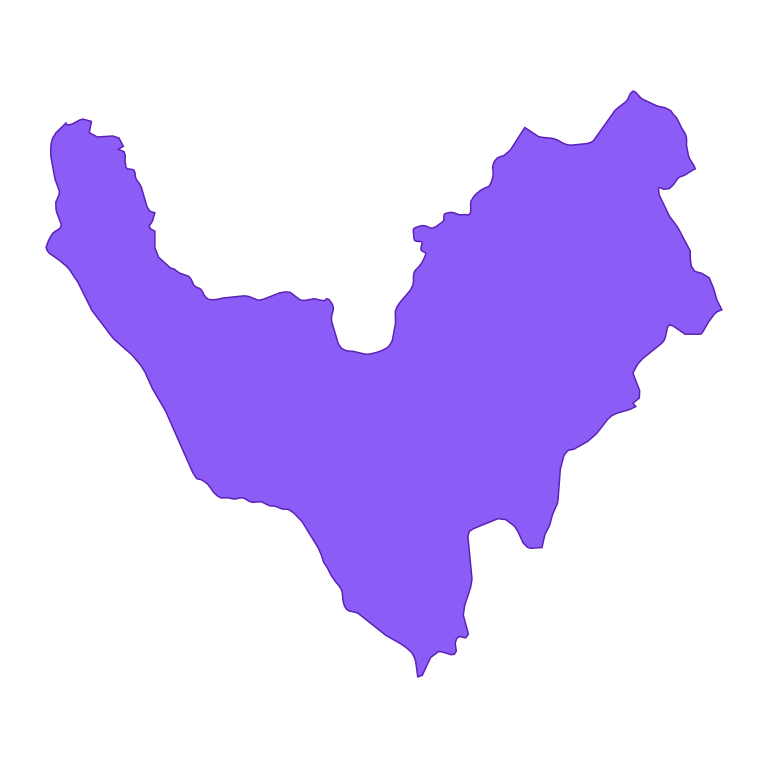 the border of Bouenza
{"feature_id": "COG-2626", "entity_name": "Bouenza", "entity_type": "Region", "adm_level": 1, "iso_a3": "COG", "parent_name": "Republic of the Congo", "parent_adm1": "", "projection": "natural_earth1", "projection_center": [13.508, -4.119], "detail": "fine", "context": "isolated", "style": "filled", "palette": "violet", "viewbox_px": 768, "rotation_deg": 0, "n_neighbors": 0, "source": "natural_earth", "source_scale": "10m", "svg_char_len": 4615}
<svg xmlns="http://www.w3.org/2000/svg" viewBox="0 0 768 768"><path d="M530.9,548.3L527.4,547.3L523.2,543.0L517.8,531.4L514.3,526.0L505.8,519.6L498.0,518.7L473.8,528.5L469.4,531.3L467.9,536.3L472.0,578.9L470.6,587.5L464.7,605.3L463.3,615.0L468.4,634.0L465.9,637.8L463.0,637.4L459.9,636.4L456.8,638.2L455.2,643.1L456.3,651.2L454.3,654.3L450.9,654.7L442.2,651.9L438.5,651.6L430.5,657.6L422.3,675.3L417.9,676.9L417.5,675.2L415.8,662.3L415.0,659.0L413.6,655.7L411.3,652.2L407.4,648.6L400.9,643.9L386.0,635.5L358.3,613.5L355.3,612.3L349.2,611.0L346.5,609.2L344.4,605.8L343.0,600.9L342.3,593.2L341.5,589.9L339.3,586.2L335.3,581.5L331.2,575.5L327.4,567.9L323.6,562.2L321.6,555.8L318.3,548.0L302.1,521.7L293.9,513.1L288.4,509.4L282.0,509.0L276.1,506.5L273.2,506.0L270.3,505.9L267.5,504.8L261.7,501.9L258.9,501.8L253.3,502.3L250.6,501.9L247.7,500.5L245.1,498.7L242.3,497.8L239.5,498.0L236.5,498.8L233.6,499.0L227.4,497.7L221.3,498.0L217.8,496.2L213.9,492.7L207.9,484.4L203.8,481.2L200.5,479.4L198.1,479.1L196.5,478.4L192.6,472.3L165.5,410.9L152.3,388.4L145.1,372.3L140.3,364.7L132.0,355.0L114.9,340.0L112.2,337.2L91.8,310.2L78.1,282.6L69.5,269.6L66.7,266.5L60.7,261.3L49.3,253.2L47.1,250.5L46.1,247.1L48.4,240.8L50.6,236.6L52.9,233.1L55.5,231.1L58.1,229.7L60.3,227.8L61.4,224.8L56.8,212.7L56.0,209.3L55.8,202.1L59.0,194.8L59.4,191.1L55.0,179.2L50.9,156.8L50.7,149.1L51.1,144.3L51.8,140.8L52.8,137.9L56.1,132.6L66.0,123.0L67.2,125.2L71.8,124.2L79.4,120.1L82.9,119.1L91.4,121.4L89.3,132.6L97.4,137.0L112.7,136.0L119.0,138.0L123.4,146.3L118.2,149.3L124.0,151.6L125.3,155.7L125.0,161.1L126.1,167.6L127.5,168.8L132.5,169.5L134.1,170.3L135.0,172.8L135.6,177.6L136.5,179.7L139.6,183.9L141.3,187.0L147.1,207.0L150.1,211.4L154.9,212.8L152.4,221.3L150.9,223.4L149.1,226.6L150.7,228.9L154.9,231.2L154.9,247.8L158.6,257.2L170.4,267.9L174.9,269.4L176.0,270.6L179.5,273.0L188.5,276.2L191.0,279.0L192.5,282.1L193.7,285.0L195.6,286.7L197.1,287.5L199.1,288.2L201.0,289.4L202.6,291.8L203.9,294.7L205.8,297.4L208.4,299.3L212.1,299.8L216.4,299.5L223.3,298.0L243.1,295.9L246.1,296.0L249.2,296.6L258.4,300.3L263.0,299.4L279.9,292.8L285.7,291.9L290.2,292.3L298.6,298.8L301.3,300.3L304.9,300.4L314.3,298.7L321.6,300.4L324.3,300.7L326.6,298.7L329.0,299.5L330.7,301.7L332.6,304.8L333.5,308.1L332.9,311.5L331.9,314.8L331.4,318.2L331.7,321.6L338.0,342.8L339.7,346.0L342.0,348.6L344.7,350.1L347.6,350.9L353.4,351.4L365.7,354.3L369.9,354.0L376.4,352.5L382.0,350.5L386.8,348.0L388.4,346.7L390.4,344.0L392.3,340.4L395.4,323.9L395.5,320.6L395.3,313.8L395.5,310.5L397.2,306.5L400.3,302.0L410.4,290.2L413.0,284.7L413.5,280.8L413.4,277.1L413.7,274.0L414.9,270.8L418.6,267.0L421.8,262.9L424.7,257.0L425.7,254.3L425.6,252.8L422.5,251.3L421.1,250.1L420.9,248.2L422.1,242.8L422.0,242.2L421.6,241.7L420.1,241.4L418.2,241.5L416.2,241.2L414.6,240.3L413.9,238.1L413.3,230.8L413.4,229.8L413.6,228.9L414.8,227.9L416.7,227.1L421.8,225.6L424.6,225.8L427.2,226.4L428.9,227.4L430.7,228.1L433.2,227.9L435.9,226.7L442.2,222.1L443.9,220.3L443.9,215.8L444.5,214.0L447.8,212.8L450.7,212.4L453.3,212.6L459.2,214.7L461.1,214.9L464.9,214.5L466.9,214.9L468.7,214.7L470.3,213.5L470.8,209.6L470.6,203.8L471.0,201.1L473.1,197.6L475.6,194.4L480.9,190.1L484.2,188.3L488.6,186.5L489.9,184.9L491.2,182.3L492.9,176.7L493.2,173.2L493.0,170.3L492.6,168.3L492.8,166.0L493.4,163.9L494.2,161.7L495.6,159.8L497.5,157.9L501.0,156.4L503.7,155.7L510.3,150.1L524.8,127.5L538.4,136.5L542.0,137.3L552.7,138.4L557.4,140.0L563.4,143.4L567.3,144.7L570.7,145.2L586.9,143.6L590.5,142.5L593.4,140.8L614.8,110.7L617.8,107.9L625.5,102.0L627.6,99.6L630.4,93.4L633.0,91.1L635.5,92.1L640.0,97.1L642.6,99.2L657.1,106.0L665.3,107.8L670.8,110.7L673.2,114.3L676.1,117.2L678.1,120.5L681.5,127.7L684.2,132.0L686.0,135.6L686.6,138.9L686.5,145.3L688.4,155.4L689.8,159.1L692.6,163.4L694.4,166.6L695.3,169.0L693.7,169.5L684.1,175.5L681.2,176.4L678.3,177.8L673.0,185.2L669.4,188.5L663.8,189.3L660.0,187.7L658.4,188.0L659.2,194.8L669.4,216.1L677.6,227.1L690.2,250.8L690.3,258.7L691.3,265.9L694.7,271.3L702.0,273.4L709.2,277.8L713.5,288.1L717.0,300.3L721.9,309.8L717.3,311.6L714.2,314.3L708.6,321.9L702.7,332.1L700.8,334.2L685.0,334.2L672.7,325.7L669.4,324.9L667.5,327.2L665.6,336.2L664.4,340.0L661.8,343.2L642.4,358.8L637.4,364.6L632.9,373.1L639.7,390.7L639.3,398.1L632.9,403.3L635.8,406.5L629.7,409.5L617.0,413.2L611.9,415.6L607.9,419.1L596.5,433.7L587.8,441.3L574.1,449.1L568.4,450.3L566.2,452.4L564.4,454.9L563.6,456.5L560.3,469.5L558.1,499.3L557.3,503.8L552.8,513.9L551.7,517.4L550.1,523.8L548.8,527.1L544.9,534.6L542.0,547.3L542.0,547.6L541.6,547.5L530.9,548.3Z" fill="#8b5cf6" stroke="#5b21b6" stroke-width="1.5"/></svg>